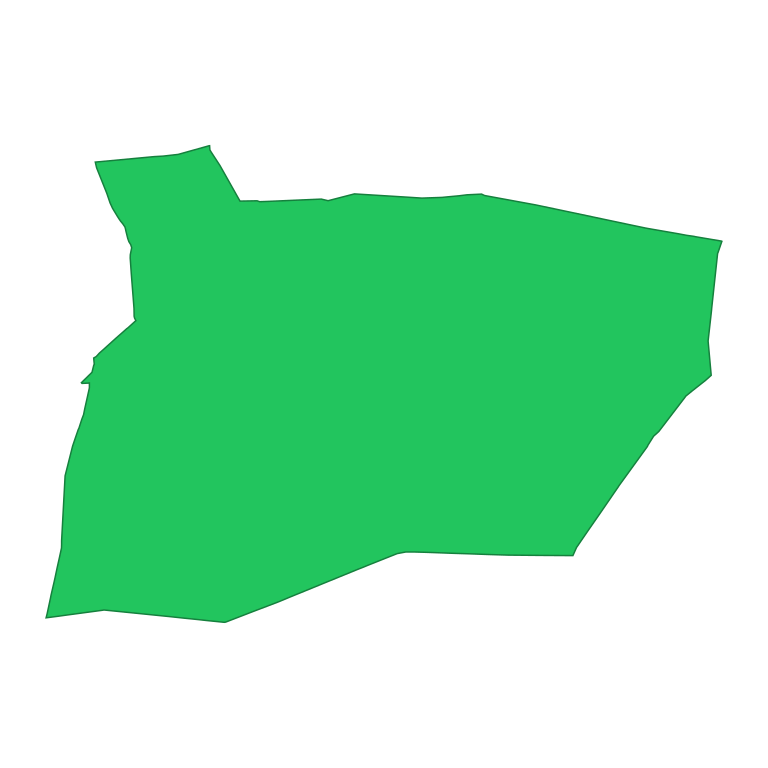 outline of Jaunjelgavas pag., Jaunjelgavas, Latvia
{"feature_id": "27541924B6750181975211", "entity_name": "Jaunjelgavas pag.", "entity_type": "district", "adm_level": 2, "iso_a3": "LVA", "parent_name": "Latvia", "parent_adm1": "Jaunjelgavas", "projection": "orthographic", "projection_center": [25.067, 56.595], "detail": "fine", "context": "isolated", "style": "filled", "palette": "green", "viewbox_px": 768, "rotation_deg": 0, "n_neighbors": 0, "source": "geoboundaries", "source_scale": "gbopen_adm2", "svg_char_len": 2049}
<svg xmlns="http://www.w3.org/2000/svg" viewBox="0 0 768 768"><path d="M721.9,241.3L721.5,241.1L695.4,236.7L694.7,236.5L692.9,236.2L692.2,236.1L689.3,235.7L686.5,235.3L678.0,233.7L647.4,228.4L646.5,228.2L645.8,228.1L628.6,224.5L561.8,210.4L535.6,204.9L486.6,195.9L484.5,195.5L481.6,194.1L467.1,194.8L458.9,195.8L447.1,196.9L442.1,197.4L421.9,198.1L406.4,197.1L354.4,193.9L328.1,200.7L321.3,199.1L314.2,199.4L268.0,201.4L259.7,201.7L257.1,200.8L240.0,201.1L220.0,165.6L211.2,152.1L209.9,149.9L209.6,145.7L208.9,145.8L178.2,154.4L163.2,156.1L154.4,156.6L97.4,161.9L95.3,162.1L96.6,167.8L106.8,193.3L110.1,203.0L112.6,208.4L117.5,216.5L119.1,219.0L120.7,221.3L122.7,223.7L124.9,226.9L125.4,228.6L125.9,231.0L127.7,238.3L128.9,241.7L130.7,244.6L131.7,247.7L130.4,254.2L130.3,254.8L130.2,258.0L131.3,273.8L134.0,308.4L134.1,314.1L134.1,316.1L134.5,317.9L135.9,320.7L134.8,321.6L127.5,328.2L126.7,328.7L126.4,329.0L116.4,337.8L102.2,350.6L99.4,353.1L96.2,356.6L93.7,358.0L94.2,363.8L94.3,364.5L93.8,365.0L92.0,372.3L81.4,382.7L82.0,383.4L88.5,383.1L89.4,383.0L89.4,387.5L89.2,388.8L84.7,409.0L83.6,414.6L81.8,419.3L78.9,428.3L78.3,429.4L75.1,438.7L72.6,446.1L65.1,475.8L61.6,540.8L61.6,544.4L61.5,548.0L59.4,557.7L57.2,567.5L55.1,577.5L54.1,582.0L51.0,595.4L50.4,598.5L47.1,613.9L46.1,617.8L47.8,617.6L58.5,616.2L66.4,615.1L84.3,612.7L102.2,610.3L104.0,610.0L136.8,613.3L169.6,616.6L184.5,618.2L199.3,619.7L206.4,620.5L215.3,621.4L224.2,622.3L225.7,622.1L252.1,611.9L278.6,601.8L289.4,597.3L323.4,583.4L357.4,569.5L361.0,568.1L364.5,566.7L367.6,565.4L382.4,559.5L397.2,553.6L405.7,552.0L410.2,552.0L414.8,552.0L425.8,552.3L436.9,552.7L453.0,553.3L469.2,553.8L488.3,554.5L508.2,555.1L540.5,555.4L572.9,555.6L576.6,547.3L577.0,546.8L588.3,530.3L601.0,512.0L618.5,486.5L618.9,485.8L647.4,446.5L648.0,445.1L653.6,436.2L658.8,431.5L684.9,397.4L685.8,396.1L692.3,390.8L698.9,385.6L705.5,380.4L711.2,375.3L708.1,341.0L710.9,316.0L711.6,309.7L711.6,309.2L717.6,253.5L718.1,252.3L721.7,241.8L721.9,241.3Z" fill="#22c55e" stroke="#15803d" stroke-width="1.5"/></svg>